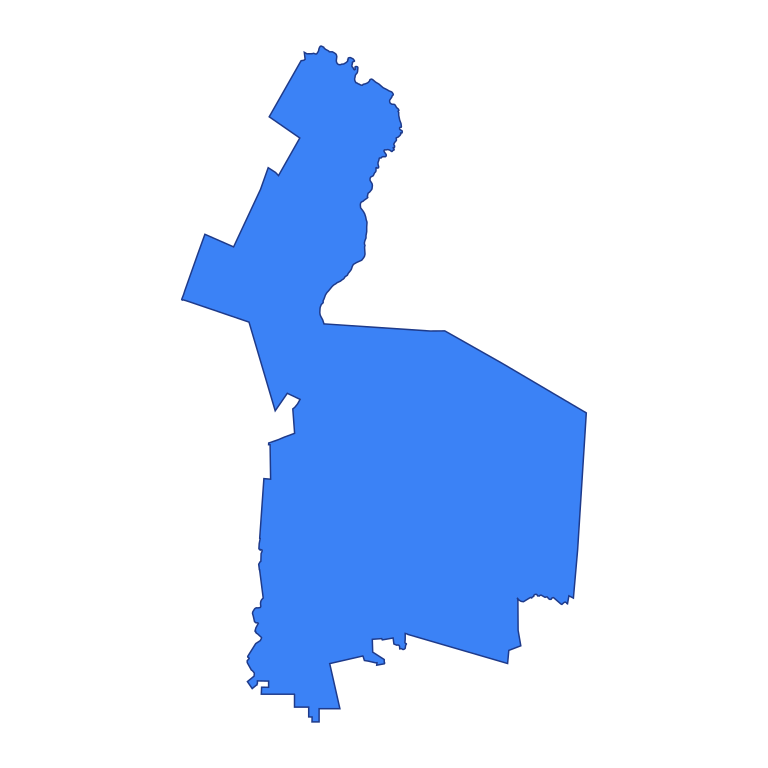 outline of Parás, Nuevo León, Mexico
{"feature_id": "50627088B3077567338706", "entity_name": "Parás", "entity_type": "district", "adm_level": 2, "iso_a3": "MEX", "parent_name": "Mexico", "parent_adm1": "Nuevo León", "projection": "natural_earth1", "projection_center": [-99.62, 26.621], "detail": "fine", "context": "isolated", "style": "filled", "palette": "blue", "viewbox_px": 768, "rotation_deg": 0, "n_neighbors": 0, "source": "geoboundaries", "source_scale": "gbopen_adm2", "svg_char_len": 6002}
<svg xmlns="http://www.w3.org/2000/svg" viewBox="0 0 768 768"><path d="M567.5,603.8L568.9,595.8L573.4,598.1L577.6,550.2L586.3,412.9L502.1,363.3L444.8,330.9L429.9,331.0L324.0,323.9L323.2,321.5L322.8,320.1L320.6,316.0L320.1,314.7L319.8,312.6L320.0,308.8L320.2,307.3L321.3,304.5L323.0,302.9L323.2,302.3L323.1,301.2L323.2,300.6L324.0,299.0L325.5,294.8L326.0,294.1L326.9,292.6L328.6,290.8L332.1,286.5L333.7,285.0L335.9,283.7L336.9,282.8L340.5,281.1L342.1,279.8L343.4,279.0L344.1,278.3L345.0,276.8L347.4,275.2L348.2,273.4L350.6,270.5L351.4,269.2L352.3,266.4L353.4,264.4L356.6,262.5L361.5,260.3L362.0,259.9L363.8,257.5L364.5,256.3L365.0,254.1L364.6,247.9L364.6,246.7L365.0,245.7L364.8,244.9L364.5,244.2L364.4,242.8L364.9,240.7L366.0,238.0L366.0,235.6L366.7,231.7L366.7,226.9L367.0,222.7L366.9,221.8L366.2,219.7L365.7,217.0L364.7,213.9L363.4,211.5L360.6,207.8L360.3,204.8L360.6,203.1L361.2,202.2L362.2,201.6L363.0,201.3L364.2,200.2L366.9,198.3L367.7,197.6L367.8,197.2L367.4,196.6L367.4,196.2L368.1,193.2L369.6,192.1L371.7,189.5L372.0,188.8L372.4,185.6L372.3,184.8L372.1,183.8L371.8,183.2L370.1,180.5L370.0,179.4L370.1,178.4L370.3,177.8L370.9,176.9L373.0,175.9L373.4,175.4L374.5,173.0L375.7,171.7L376.0,170.7L376.0,168.1L376.1,167.7L376.5,167.6L376.8,168.0L377.2,168.1L378.3,167.9L378.5,167.7L378.7,166.8L378.0,164.1L378.0,163.0L378.1,162.3L378.8,160.4L379.3,158.2L379.6,158.0L381.0,158.0L381.5,157.6L382.1,156.9L382.6,156.7L385.4,156.7L386.1,156.1L386.3,155.2L386.1,154.4L384.2,151.7L384.0,150.9L384.2,150.2L384.7,149.8L386.1,149.9L387.3,149.6L388.1,149.6L390.0,150.2L391.4,151.4L391.9,151.5L392.4,151.2L392.9,150.4L393.9,150.1L394.1,149.7L394.1,149.3L393.2,147.9L393.2,147.6L393.4,147.5L394.3,147.5L394.6,147.0L394.6,146.0L394.4,145.4L393.9,144.8L393.8,144.1L394.6,142.5L395.7,141.3L396.4,140.3L396.4,139.3L396.2,138.5L396.3,137.8L398.0,137.2L399.9,135.5L400.5,134.7L400.8,134.0L400.6,133.0L400.9,132.8L401.7,133.0L402.0,132.9L402.2,132.4L402.3,131.8L402.0,130.7L400.0,129.6L399.6,129.1L399.6,128.4L399.7,127.6L400.0,127.4L401.2,127.2L401.4,126.5L401.0,123.5L399.7,120.1L398.7,115.2L398.7,112.4L398.1,111.5L398.3,110.9L398.9,110.3L398.7,109.8L398.2,108.9L396.5,107.5L395.3,105.3L394.6,104.5L393.7,104.3L391.7,104.2L390.1,103.0L389.7,102.0L389.6,100.7L389.8,100.0L391.8,97.1L392.2,95.8L392.9,95.3L393.2,94.8L393.3,94.3L392.9,93.5L392.1,92.3L391.2,91.7L389.1,90.9L386.7,89.5L383.1,87.7L379.0,84.1L375.6,82.1L372.8,79.7L371.9,79.2L371.3,79.1L370.2,79.5L369.9,79.8L369.6,80.7L369.1,81.5L367.7,82.8L365.4,83.8L363.2,84.3L362.5,85.1L362.1,85.3L360.4,84.9L359.2,84.1L358.5,84.0L357.0,83.0L355.9,82.7L354.8,80.5L354.6,78.8L355.1,76.9L355.2,75.8L355.7,74.6L357.0,73.1L357.3,72.5L357.6,71.3L357.9,67.7L357.6,67.0L357.2,66.7L356.2,66.5L355.5,66.6L355.1,66.9L355.0,67.5L355.3,69.3L354.9,69.6L354.4,69.8L353.8,69.4L353.2,68.0L352.1,66.7L351.9,66.2L351.9,65.6L352.0,64.9L352.4,63.6L352.3,62.8L352.4,62.4L352.6,62.1L354.4,61.2L354.5,61.0L354.2,60.3L353.1,58.9L350.5,57.6L349.6,57.6L348.5,57.9L348.1,58.3L348.2,59.3L347.6,60.0L347.8,60.6L347.6,61.2L346.2,62.5L343.7,64.0L341.5,64.2L340.8,64.6L339.8,64.7L338.8,64.6L337.8,64.1L337.2,63.5L336.5,62.0L336.3,60.6L336.8,56.6L336.4,54.9L335.8,53.9L334.2,52.8L332.4,51.8L329.3,51.8L328.7,51.0L325.5,49.3L324.1,48.0L323.7,47.2L321.4,46.1L320.4,46.2L319.6,47.2L318.9,49.0L318.7,50.3L318.3,51.4L316.9,53.6L316.5,53.9L315.6,54.0L313.6,53.3L312.1,53.7L306.9,53.8L304.3,52.3L305.1,59.3L303.8,60.3L301.1,60.7L269.2,116.8L299.8,138.0L278.5,175.6L275.6,172.5L268.2,167.7L260.5,189.4L233.6,246.9L204.9,234.3L197.5,254.8L184.7,291.0L183.7,294.2L181.7,299.4L181.8,299.7L182.3,300.1L183.6,299.9L184.5,300.3L185.1,300.4L190.0,302.0L249.0,322.1L275.2,410.8L287.3,393.3L300.1,399.4L297.5,404.0L294.7,407.4L292.8,408.9L294.6,433.3L284.6,437.0L277.7,439.9L268.7,443.0L268.6,444.7L270.1,444.8L270.6,479.2L263.9,478.6L259.7,538.3L260.2,538.5L259.2,543.6L258.9,548.8L260.2,550.1L260.6,549.5L261.8,549.9L262.1,550.2L262.0,551.5L261.1,553.6L260.9,560.3L260.8,561.4L260.2,561.7L258.7,564.2L259.3,569.1L259.3,569.6L259.6,569.7L263.2,598.0L261.9,599.4L261.2,600.4L260.8,601.5L260.6,602.5L260.5,603.8L260.8,606.3L260.4,607.4L259.8,607.6L258.0,607.9L256.3,607.8L255.3,608.3L254.6,608.9L252.9,611.6L252.6,612.6L252.5,613.5L253.3,616.2L254.5,621.6L255.9,622.8L256.3,622.9L256.9,622.7L257.9,622.9L258.3,623.4L255.9,627.8L255.3,630.0L255.1,630.3L255.5,631.0L255.2,631.3L255.6,631.6L255.9,632.1L255.7,632.2L256.0,632.7L256.4,633.2L257.5,633.8L261.5,637.5L261.4,638.4L260.3,640.6L255.7,643.6L247.7,656.4L247.8,657.1L249.1,658.1L249.2,658.5L247.2,660.7L247.2,662.3L247.6,663.3L251.4,670.1L252.3,670.6L253.7,672.2L254.3,673.1L254.3,673.7L254.1,676.1L247.4,681.6L252.2,688.6L256.3,685.2L257.0,684.9L257.1,683.9L257.4,683.4L257.4,680.9L268.6,681.1L268.6,687.3L261.6,687.2L261.3,694.2L294.4,694.2L294.5,694.4L294.5,707.1L308.7,707.1L308.7,716.9L312.1,717.0L312.0,721.9L319.1,721.9L319.1,708.7L339.9,708.7L329.7,663.6L362.8,656.0L363.0,656.1L364.4,660.5L368.2,661.1L375.5,662.8L377.0,662.7L376.7,665.2L384.3,663.8L384.7,663.0L384.3,662.5L384.2,659.5L372.7,652.1L372.3,639.3L381.7,638.6L382.3,639.9L393.1,638.0L393.9,644.0L396.8,645.2L397.7,645.0L398.8,645.2L399.4,646.0L399.7,647.0L399.6,647.5L399.8,648.9L401.1,648.6L401.6,648.7L402.6,649.4L403.3,649.5L404.5,649.0L405.2,648.3L405.6,645.4L406.4,644.0L406.3,643.7L405.4,643.3L404.9,642.5L405.2,639.4L405.2,633.4L407.2,634.0L407.8,634.4L507.6,663.5L508.8,650.4L520.8,645.8L518.1,630.3L517.9,600.2L517.6,598.9L517.4,598.4L517.5,598.3L518.8,599.9L520.8,601.2L521.9,601.5L523.5,601.7L530.0,597.7L530.5,597.5L531.6,598.0L531.8,597.9L532.2,597.1L533.7,596.4L533.8,595.4L534.3,594.9L535.1,594.4L536.1,594.3L536.8,594.5L537.0,594.8L537.6,595.9L537.8,595.9L539.4,596.0L539.8,595.5L540.8,595.1L541.3,595.2L544.8,597.2L545.1,597.3L546.4,596.9L547.2,597.0L549.0,599.0L549.9,599.4L551.1,599.3L552.1,597.9L553.1,597.6L553.5,597.6L560.9,604.0L561.9,604.4L563.8,602.7L564.4,602.3L565.3,602.1L566.3,602.6L566.9,603.5L567.5,603.8Z" fill="#3b82f6" stroke="#1e3a8a" stroke-width="1.5"/></svg>